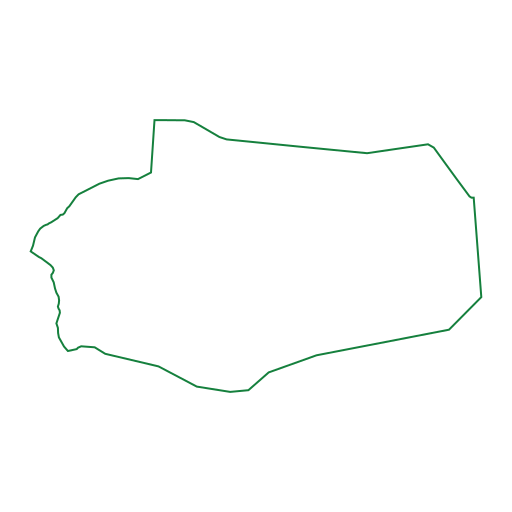 map outline of Al Jawf (orthographic projection)
{"feature_id": "YEM-335", "entity_name": "Al Jawf", "entity_type": "Governorate", "adm_level": 1, "iso_a3": "YEM", "parent_name": "Yemen", "parent_adm1": "", "projection": "orthographic", "projection_center": [44.939, 16.605], "detail": "fine", "context": "isolated", "style": "outline", "palette": "green", "viewbox_px": 512, "rotation_deg": 0, "n_neighbors": 0, "source": "natural_earth", "source_scale": "10m", "svg_char_len": 1040}
<svg xmlns="http://www.w3.org/2000/svg" viewBox="0 0 512 512"><path d="M154.5,120.1L158.4,120.1L184.8,120.3L193.8,122.1L219.4,137.0L226.6,139.4L259.9,142.7L299.0,146.6L328.8,149.5L367.1,153.2L393.0,149.4L428.0,144.3L433.8,147.6L444.1,161.8L455.9,178.0L469.5,196.4L471.5,197.7L473.7,197.7L481.3,297.1L449.0,329.7L316.5,355.3L268.7,372.4L248.4,390.2L230.2,391.9L196.8,386.6L158.5,366.4L105.2,353.8L94.7,347.3L81.2,346.3L78.0,347.7L76.7,349.1L67.9,351.0L64.0,346.5L58.9,337.4L58.1,333.0L57.9,327.9L56.4,323.4L59.9,312.8L59.6,310.3L58.6,308.7L57.9,306.6L58.8,303.6L59.1,300.4L58.6,296.7L56.4,292.7L55.0,288.4L53.7,282.3L51.4,277.6L51.4,274.7L52.9,272.8L53.8,270.3L52.8,267.6L50.5,265.1L41.3,258.2L38.9,257.0L30.7,251.4L33.0,245.7L35.0,237.4L38.2,231.4L40.2,228.6L43.7,225.9L45.9,224.9L47.6,224.4L48.9,223.4L51.2,222.3L57.7,218.1L60.5,214.9L62.8,214.6L64.4,213.2L67.2,208.2L69.3,206.3L75.7,197.3L78.6,194.3L99.4,183.7L108.1,180.7L118.6,178.4L128.7,178.1L138.0,179.1L151.0,172.5L154.5,120.1Z" fill="none" stroke="#15803d" stroke-width="2"/></svg>